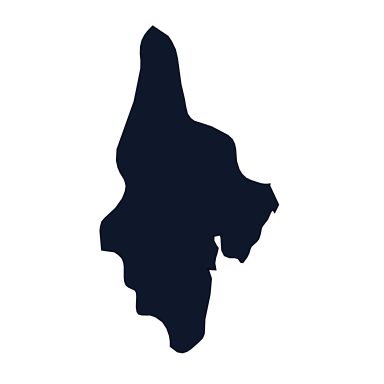 SVG path tracing the border of Ninh Thuận, rotated 6°
{"feature_id": "VNM-481", "entity_name": "Ninh Thuận", "entity_type": "Province", "adm_level": 1, "iso_a3": "VNM", "parent_name": "Vietnam", "parent_adm1": "", "projection": "equal_earth", "projection_center": [108.921, 11.746], "detail": "fine", "context": "isolated", "style": "filled", "palette": "ink", "viewbox_px": 384, "rotation_deg": 6, "n_neighbors": 0, "source": "natural_earth", "source_scale": "10m", "svg_char_len": 1548}
<svg xmlns="http://www.w3.org/2000/svg" viewBox="0 0 384 384"><g transform="rotate(6 192 192)"><path d="M268.5,176.0L268.4,177.6L279.2,195.6L276.3,203.5L274.2,200.8L272.3,203.6L269.9,211.1L265.0,219.1L264.4,222.3L264.2,226.0L263.1,231.5L261.6,234.0L256.6,239.6L255.5,242.6L254.8,246.8L253.3,250.8L249.9,256.7L248.0,256.7L244.7,253.0L240.7,252.7L236.1,253.2L231.0,251.7L227.9,246.9L225.8,234.1L224.5,231.5L218.2,233.6L218.6,238.2L221.7,242.9L223.7,245.1L223.1,250.2L222.1,255.2L221.9,260.6L223.7,266.8L217.9,267.0L216.0,266.8L220.2,276.2L220.4,292.1L217.9,317.2L218.8,331.5L217.6,335.8L214.1,340.3L207.3,347.7L203.3,351.0L199.3,352.7L194.3,352.3L186.8,347.8L186.2,342.5L184.8,337.2L181.4,330.1L176.4,324.0L168.8,319.7L163.4,318.5L154.8,319.3L151.9,318.8L150.0,316.7L148.9,312.3L148.2,301.8L147.5,297.9L145.7,295.4L138.8,293.0L136.2,291.2L134.5,287.7L133.7,283.6L132.7,273.5L131.6,269.1L129.5,265.0L125.6,261.8L121.2,259.4L108.4,259.0L104.8,240.4L104.8,236.2L105.7,230.9L108.2,227.3L117.9,216.2L123.7,205.9L125.7,198.8L126.1,193.2L125.0,189.5L123.4,186.2L118.6,179.9L116.0,175.2L113.8,168.6L113.2,157.4L125.2,108.0L128.4,74.7L127.7,66.6L126.4,60.2L125.8,52.8L126.7,46.3L128.9,40.8L131.4,36.7L135.6,31.3L151.7,39.8L155.6,44.4L160.4,52.2L163.3,60.6L169.5,85.9L174.6,100.7L176.3,107.0L179.1,115.0L182.7,119.1L186.5,121.5L204.5,125.3L221.7,132.1L226.4,135.7L229.1,139.9L230.7,144.8L232.8,156.7L236.2,164.7L239.6,169.2L243.9,172.6L249.3,174.6L259.3,176.7L262.8,176.9L266.8,176.5L268.5,176.0Z" fill="#0f172a" stroke="#020617" stroke-width="1.5"/></g></svg>